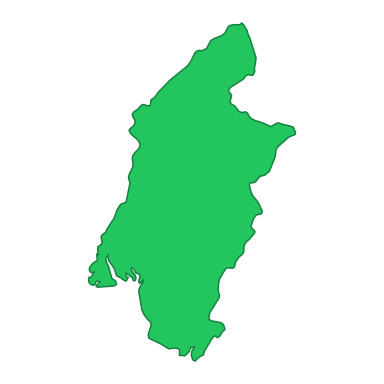 outline of Sud-Ouest
{"feature_id": "CMR-799", "entity_name": "Sud-Ouest", "entity_type": "Province", "adm_level": 1, "iso_a3": "CMR", "parent_name": "Cameroon", "parent_adm1": "", "projection": "albers", "projection_center": [9.217, 5.228], "detail": "fine", "context": "isolated", "style": "filled", "palette": "green", "viewbox_px": 384, "rotation_deg": 0, "n_neighbors": 0, "source": "natural_earth", "source_scale": "10m", "svg_char_len": 4017}
<svg xmlns="http://www.w3.org/2000/svg" viewBox="0 0 384 384"><path d="M235.2,24.7L239.8,24.7L241.4,23.4L241.6,23.0L243.5,24.7L246.7,29.7L248.4,35.1L249.7,37.6L256.0,57.7L255.3,64.4L254.5,67.1L254.7,71.3L253.9,73.5L253.0,75.0L251.7,75.4L250.2,75.2L249.0,74.6L246.3,75.4L243.3,79.2L230.8,87.1L229.1,89.2L228.5,90.8L228.9,91.7L229.0,92.0L229.3,92.3L229.5,92.5L230.3,93.3L231.6,95.1L230.2,101.5L230.7,103.3L231.8,104.5L233.2,105.1L234.5,105.8L235.9,107.3L239.1,111.6L242.1,112.5L245.4,111.8L246.7,112.4L247.5,113.2L248.5,115.4L249.7,117.0L251.3,118.6L255.1,120.5L262.7,122.9L270.7,126.6L278.0,122.7L282.9,124.4L289.4,125.8L293.3,127.2L295.5,132.3L295.4,133.2L294.9,134.7L289.2,136.8L279.1,145.6L277.0,148.1L275.9,150.2L275.3,155.9L274.6,158.2L269.3,171.5L264.4,175.3L260.0,176.3L255.5,181.7L254.0,182.6L252.4,182.8L251.1,182.8L250.0,183.0L249.4,184.2L249.5,185.5L250.5,190.3L252.6,195.5L257.5,201.5L259.3,204.6L261.8,210.1L262.2,212.5L260.9,214.0L256.4,214.9L254.2,217.6L252.5,221.5L251.5,224.7L251.1,226.6L252.0,228.3L254.9,231.3L254.7,232.8L253.8,234.1L252.5,235.4L250.1,238.5L246.0,242.3L244.6,244.4L244.1,246.4L243.9,247.8L243.9,251.2L242.5,254.2L239.1,257.0L235.5,262.2L234.6,266.6L233.7,267.7L232.5,268.2L231.5,268.2L229.8,267.8L226.8,267.9L225.8,268.8L223.8,271.7L219.6,278.9L218.7,282.5L218.1,289.9L218.4,291.8L219.6,295.4L218.9,298.1L210.0,312.4L209.2,316.0L209.0,319.4L211.7,320.9L220.8,322.6L222.6,323.8L223.6,325.1L224.7,328.1L224.8,329.5L224.0,330.5L222.3,332.0L221.4,333.2L220.0,335.9L218.9,336.9L218.0,337.4L217.2,337.6L215.5,335.9L214.0,336.4L210.4,340.5L210.7,340.9L210.3,341.4L205.2,349.9L203.8,353.1L203.6,354.4L203.3,354.9L202.9,355.3L201.6,355.7L199.3,357.0L195.1,360.9L195.1,361.0L192.7,359.8L191.3,355.4L192.0,350.6L194.4,347.5L194.4,346.7L191.2,347.4L189.7,349.6L189.0,351.9L184.6,355.9L180.7,355.3L179.5,355.5L179.5,353.1L179.8,351.3L179.4,349.8L177.6,348.4L176.1,348.2L173.8,348.2L171.5,348.4L170.2,348.9L168.2,348.5L161.3,344.2L150.1,338.9L148.6,337.8L148.3,334.2L150.8,326.4L151.1,322.7L147.2,319.0L144.1,314.7L141.8,309.7L138.7,291.3L139.4,288.1L142.8,282.4L144.0,279.3L141.1,282.5L139.5,283.4L138.7,281.5L139.0,280.0L139.6,278.4L140.0,276.7L139.6,274.9L138.6,273.9L135.8,272.9L134.8,270.8L133.8,269.4L132.6,268.1L131.6,267.7L131.1,269.4L135.1,275.5L136.0,278.4L135.3,280.4L134.1,280.9L133.0,280.0L132.6,278.0L126.3,273.1L126.3,274.8L126.4,276.1L127.0,277.1L128.2,277.6L126.4,280.7L125.9,281.1L125.0,280.8L122.5,279.3L121.9,278.8L121.0,277.7L118.8,277.0L116.7,275.8L115.8,273.5L114.4,268.7L108.6,260.4L107.8,255.3L105.7,258.6L106.6,262.3L108.5,266.2L111.8,278.2L112.9,279.3L114.4,280.0L115.7,281.1L116.5,284.5L113.8,286.0L97.7,287.2L96.3,286.5L96.9,284.9L98.5,283.1L99.9,281.9L98.4,281.2L96.9,281.2L95.9,281.9L95.1,284.6L94.1,285.1L92.6,285.0L91.1,284.6L89.1,282.6L88.5,279.5L89.1,277.2L91.1,277.6L91.8,275.9L94.6,271.3L92.8,272.6L91.2,272.6L89.9,271.5L89.3,269.4L89.6,267.7L90.6,266.0L92.8,263.3L96.6,260.8L97.3,259.7L97.3,258.2L96.8,256.6L96.6,255.1L97.3,253.5L98.2,254.4L97.7,249.3L98.0,246.7L99.5,245.6L100.0,245.4L102.3,243.2L101.8,241.4L101.5,239.6L101.1,236.8L102.2,234.8L105.7,232.2L106.5,229.9L111.6,221.9L113.5,219.2L114.7,216.6L116.6,211.0L117.4,209.3L119.9,205.4L121.2,204.0L122.6,203.4L124.1,203.1L125.5,202.5L126.4,200.8L129.9,183.3L129.7,181.9L128.7,178.8L128.5,177.1L129.4,173.9L132.1,168.5L133.0,165.6L132.9,162.8L132.5,160.3L132.3,157.8L133.1,155.0L135.0,152.5L137.4,150.2L139.4,147.7L140.0,144.5L138.7,141.1L136.2,138.5L133.4,136.3L130.8,133.8L129.1,130.5L130.1,128.6L132.3,127.0L134.6,124.2L135.2,120.9L134.1,118.7L132.7,116.6L132.4,114.0L133.8,111.9L138.4,108.8L140.1,106.6L142.3,104.5L145.0,104.9L147.8,105.9L150.1,105.6L150.6,104.0L150.9,100.3L151.6,99.4L153.6,98.3L155.2,96.6L158.0,92.6L169.9,80.2L187.5,65.9L190.8,61.3L194.5,53.6L196.2,51.6L198.0,50.6L199.5,50.4L201.1,50.6L203.1,50.4L206.7,48.3L210.6,40.7L214.4,38.4L215.2,38.1L220.3,36.2L222.9,34.8L225.0,32.8L228.0,27.1L229.9,25.5L233.7,24.7L235.2,24.7Z" fill="#22c55e" stroke="#15803d" stroke-width="1.5"/></svg>